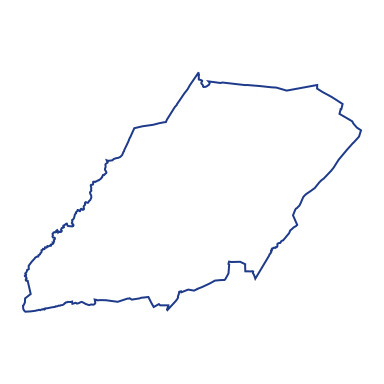 outline of Annas pag., Aluksne, Latvia
{"feature_id": "27541924B70085660000419", "entity_name": "Annas pag.", "entity_type": "district", "adm_level": 2, "iso_a3": "LVA", "parent_name": "Latvia", "parent_adm1": "Aluksne", "projection": "orthographic", "projection_center": [26.969, 57.339], "detail": "fine", "context": "isolated", "style": "outline", "palette": "blue", "viewbox_px": 384, "rotation_deg": 0, "n_neighbors": 0, "source": "geoboundaries", "source_scale": "gbopen_adm2", "svg_char_len": 5749}
<svg xmlns="http://www.w3.org/2000/svg" viewBox="0 0 384 384"><path d="M338.6,159.8L347.2,149.5L353.2,142.8L353.4,142.8L358.8,136.9L359.1,136.4L361.0,130.3L356.9,127.6L354.0,124.3L353.3,123.4L352.2,121.3L339.5,113.9L340.6,109.2L341.3,109.3L342.6,104.0L331.9,97.1L322.5,92.0L317.1,88.6L317.2,85.0L286.7,90.6L276.4,87.6L271.5,87.3L259.4,86.0L249.3,85.2L247.9,85.0L245.1,85.1L222.3,82.5L220.6,83.0L208.5,81.4L209.3,82.3L209.6,82.9L209.6,83.6L209.3,84.1L209.0,84.7L206.7,86.3L205.7,86.8L203.6,87.0L203.1,86.6L202.9,85.4L202.6,84.8L201.9,84.1L201.5,83.6L201.3,83.1L201.5,82.1L202.1,81.4L202.2,81.0L202.2,80.8L202.0,80.6L201.1,80.1L198.8,79.5L198.7,79.0L198.8,78.6L198.8,77.2L198.6,75.8L199.0,75.1L199.0,74.7L198.6,73.7L198.5,73.3L198.7,72.3L189.8,85.3L187.7,89.1L186.1,91.2L184.4,93.3L177.9,102.9L176.8,104.4L176.7,105.1L175.1,106.7L174.6,107.4L166.9,119.7L166.1,121.5L165.9,122.1L163.9,122.3L159.2,123.2L153.1,124.8L142.4,126.3L134.3,128.2L130.4,136.9L129.6,138.3L128.1,142.1L124.2,150.2L124.1,151.1L123.6,151.6L122.1,155.1L120.3,156.9L118.1,157.9L116.1,158.2L114.1,158.9L113.5,159.2L112.4,160.3L108.6,160.8L107.8,160.7L106.7,160.3L106.8,160.6L107.2,161.5L107.7,162.0L107.6,162.6L106.5,163.3L105.6,164.1L105.4,164.6L105.6,166.2L105.6,167.2L105.1,168.4L105.0,169.7L105.2,170.2L106.2,171.7L106.4,172.6L106.2,173.1L104.9,174.1L104.3,174.9L103.6,174.8L103.0,175.0L102.8,175.8L102.2,176.4L102.1,177.3L101.4,177.9L101.1,178.5L99.4,179.8L98.9,180.0L98.7,180.4L97.5,180.6L96.9,181.1L96.5,181.3L96.1,181.3L95.6,181.8L95.1,182.0L94.5,181.7L93.3,181.8L93.1,182.0L93.2,183.9L92.8,184.6L91.0,184.9L90.8,185.2L90.8,186.0L91.3,188.0L91.1,188.9L91.1,189.7L91.3,190.3L91.2,191.0L90.3,191.8L90.0,192.5L90.4,194.1L91.2,195.5L91.3,197.6L90.9,198.6L90.2,200.1L89.1,201.0L88.2,202.6L87.8,202.8L87.3,202.8L85.9,202.1L85.6,202.2L85.0,202.9L84.9,203.5L85.1,204.2L84.9,205.0L84.4,205.4L83.7,206.3L83.8,208.1L84.0,208.9L83.8,209.4L83.0,209.8L82.5,209.8L81.7,208.9L81.3,208.8L80.9,209.0L80.6,209.3L80.5,209.6L80.4,210.4L80.0,211.1L79.4,211.1L78.7,210.3L78.0,210.0L77.7,210.0L77.6,210.4L77.0,211.3L75.9,212.4L76.1,213.2L74.9,214.4L74.1,217.8L73.2,219.4L72.2,219.9L72.1,220.3L72.3,221.4L72.3,221.9L71.9,222.6L71.8,223.0L72.7,223.9L72.6,224.5L73.3,224.8L73.5,225.2L73.1,226.1L72.5,226.4L72.0,226.4L68.0,226.0L67.5,225.5L67.2,224.8L67.1,224.1L66.8,223.6L66.3,223.7L64.6,225.0L63.3,225.7L63.2,226.1L63.8,226.6L63.9,227.3L63.5,227.6L61.7,228.1L61.1,229.4L61.1,229.8L61.4,230.2L61.3,230.6L61.4,230.8L61.7,231.0L61.2,231.8L60.8,232.0L60.3,231.8L59.7,232.0L59.0,231.6L58.1,232.5L57.8,231.5L57.5,231.1L57.4,230.4L57.2,230.1L56.8,230.4L56.3,230.7L56.1,231.6L56.3,232.0L56.2,232.1L55.4,232.3L54.7,232.1L53.6,232.5L53.6,232.8L52.6,233.7L52.6,234.2L52.9,235.3L52.5,236.3L52.7,237.0L53.2,237.6L54.4,237.7L54.9,238.1L54.9,238.8L54.6,239.4L54.2,239.9L53.8,240.1L53.9,240.6L54.1,241.1L53.9,241.8L53.6,242.3L52.8,242.4L53.2,243.1L53.3,243.5L52.3,244.2L51.4,244.3L50.9,244.6L50.8,244.9L51.0,245.6L50.9,245.8L49.8,245.8L49.6,245.7L48.5,246.4L47.9,246.5L47.5,246.1L47.3,246.2L47.4,246.8L46.6,247.6L46.1,247.6L45.2,247.2L45.0,247.3L44.9,248.0L44.4,249.1L43.9,249.2L43.0,248.9L42.7,249.4L42.4,250.0L41.5,250.3L41.6,251.4L41.5,252.1L40.9,252.9L40.3,253.3L40.1,254.1L39.7,254.4L39.5,254.8L38.4,255.3L38.3,255.8L38.3,256.5L36.8,256.7L35.1,257.7L34.6,258.6L31.9,261.5L28.7,265.7L28.7,267.5L28.8,269.1L28.4,269.5L27.8,269.6L27.1,270.0L26.9,271.0L26.4,272.4L25.3,273.3L25.2,273.8L25.4,274.1L26.1,274.6L25.9,275.6L24.9,275.9L25.0,276.3L25.8,276.5L26.2,277.2L26.3,277.7L26.6,278.1L26.5,278.9L25.9,279.1L25.7,279.9L26.2,280.7L27.7,280.9L30.7,294.0L25.1,298.4L24.9,302.5L23.4,305.6L23.0,305.7L23.2,308.3L23.3,309.0L24.1,310.5L25.3,311.7L30.6,311.4L35.9,310.7L36.4,310.4L37.7,310.3L39.0,309.8L40.2,310.2L41.8,309.4L42.7,309.5L43.2,309.0L44.5,309.5L44.9,309.2L44.6,308.8L45.2,308.4L47.7,308.2L52.0,307.3L54.9,306.9L55.5,306.7L55.6,306.4L57.7,306.2L58.2,305.8L58.8,305.6L59.5,305.7L60.2,305.6L60.6,305.3L62.6,305.0L63.8,304.3L64.9,303.1L65.3,303.1L65.5,302.7L65.9,302.4L67.4,302.2L67.8,301.9L70.4,302.0L72.1,301.6L72.1,302.4L72.4,303.8L75.7,302.8L77.0,303.6L78.8,303.1L80.4,302.3L81.7,301.9L83.7,302.8L85.5,303.9L89.0,305.1L91.1,304.5L93.4,304.7L94.6,304.1L95.3,303.0L94.7,299.6L96.4,300.1L96.4,299.9L97.9,300.3L99.7,300.1L105.7,300.2L117.7,301.8L127.5,298.6L129.2,298.6L129.6,298.3L130.4,298.7L131.5,299.5L131.8,299.6L139.5,298.4L141.0,297.8L148.4,297.0L151.2,302.6L153.7,307.0L158.9,304.1L160.2,305.3L168.4,305.3L168.4,305.9L167.0,309.5L167.4,310.1L175.6,301.2L177.5,298.7L178.1,297.3L177.9,296.9L178.3,295.1L178.7,294.7L179.2,291.8L181.0,291.3L181.3,292.3L188.2,289.6L194.0,290.6L197.3,289.1L197.3,288.9L202.0,287.1L209.9,283.4L214.9,280.6L220.5,280.1L223.7,280.0L224.3,280.0L225.2,279.4L228.4,273.6L228.5,273.3L229.0,266.9L229.2,264.7L228.5,264.1L228.6,263.1L229.1,261.6L231.2,262.0L240.2,261.8L245.2,264.2L245.1,265.6L245.3,271.3L250.9,271.4L252.6,271.2L253.2,271.5L252.9,272.7L252.9,273.0L254.1,275.1L255.3,278.7L268.7,256.3L269.1,255.6L269.5,254.4L270.5,253.5L270.7,253.1L270.7,252.6L271.4,251.8L271.4,251.6L271.0,251.0L271.0,250.7L271.3,250.4L271.9,250.2L272.0,250.0L271.6,249.5L271.6,249.3L272.0,248.9L272.1,248.5L272.5,248.3L273.1,248.3L273.4,248.2L273.6,247.8L274.2,247.6L274.9,247.9L275.4,247.9L275.8,247.6L275.9,247.1L277.0,246.9L277.3,246.5L277.4,245.8L277.4,244.2L277.5,243.8L278.4,243.2L280.3,242.9L280.7,242.4L280.8,241.9L281.2,241.3L282.4,240.5L283.1,240.4L289.1,233.2L290.2,230.5L291.4,229.5L293.8,227.3L296.1,226.0L297.2,224.9L293.0,215.3L295.3,209.6L295.9,208.7L297.2,207.9L298.2,206.7L299.3,205.8L300.7,203.0L303.2,197.2L304.5,195.6L306.0,194.2L310.7,191.0L314.8,188.0L319.3,182.4L321.5,180.2L323.8,178.5L331.2,170.7L333.6,167.7L338.6,159.8Z" fill="none" stroke="#1e3a8a" stroke-width="2"/></svg>